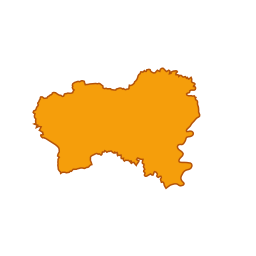 Capão Alto, Santa Catarina, Brazil, rotated 231°
{"feature_id": "56859067B63554103523917", "entity_name": "Capão Alto", "entity_type": "district", "adm_level": 2, "iso_a3": "BRA", "parent_name": "Brazil", "parent_adm1": "Santa Catarina", "projection": "natural_earth1", "projection_center": [-50.626, -28.064], "detail": "fine", "context": "isolated", "style": "filled", "palette": "amber", "viewbox_px": 256, "rotation_deg": 231, "n_neighbors": 0, "source": "geoboundaries", "source_scale": "gbopen_adm2", "svg_char_len": 5866}
<svg xmlns="http://www.w3.org/2000/svg" viewBox="0 0 256 256"><g transform="rotate(231 128 128)"><path d="M109.0,200.0L110.0,199.4L111.1,199.8L111.7,199.0L112.3,198.1L113.3,197.5L114.7,195.5L115.8,194.8L116.8,194.5L117.7,195.0L117.7,196.0L116.9,198.1L118.0,199.6L117.7,201.0L115.8,203.2L115.6,204.5L116.2,205.4L117.1,206.0L118.2,205.9L119.0,205.0L119.6,205.7L119.5,207.0L120.1,207.8L121.2,207.7L122.1,207.1L123.1,206.6L124.1,206.6L124.9,207.4L125.7,208.2L126.6,208.6L127.7,208.9L127.7,207.5L127.8,206.0L128.8,205.7L129.8,206.0L129.9,204.8L131.1,205.0L132.0,204.8L132.5,203.4L133.5,202.6L134.6,202.6L135.4,202.4L136.1,201.6L136.2,200.1L136.9,200.8L138.1,200.1L139.3,198.8L140.4,199.8L140.6,201.7L141.6,201.8L142.3,201.2L143.7,199.0L144.0,197.9L144.3,196.7L143.4,195.8L144.1,194.3L144.7,195.1L145.2,195.9L146.2,196.4L147.3,196.0L147.4,194.7L147.7,193.4L150.4,193.1L151.2,193.1L152.5,192.8L153.2,191.5L153.2,190.1L152.7,189.3L152.0,188.3L153.3,187.6L154.4,187.2L153.9,183.8L154.5,182.7L155.6,182.0L156.9,181.5L158.2,181.4L159.4,181.9L160.4,181.2L161.4,179.1L160.5,177.8L161.3,176.8L162.2,176.9L162.2,175.8L162.1,174.7L162.9,174.1L163.6,173.1L162.6,171.7L162.7,170.1L162.1,168.5L161.3,167.5L160.6,166.3L160.1,165.4L159.7,163.4L159.7,162.2L158.9,160.9L158.8,159.4L158.9,158.0L159.4,156.7L160.4,156.0L158.9,154.3L158.1,153.6L158.2,152.5L158.9,151.8L159.2,150.4L160.4,149.5L161.4,149.4L161.7,148.3L162.6,148.1L163.7,147.4L164.4,146.5L164.9,145.1L165.6,143.5L165.2,142.4L166.3,141.1L168.5,139.1L169.4,139.2L170.0,138.6L170.7,137.6L171.6,136.5L172.7,136.0L173.3,134.6L174.1,134.1L175.0,133.8L176.4,134.9L180.0,134.1L181.0,133.5L181.4,132.3L183.1,130.7L183.6,129.9L186.2,126.1L187.0,124.4L187.9,123.1L188.5,122.1L189.7,122.5L190.8,122.8L191.7,123.4L192.6,122.9L193.3,122.4L194.0,121.5L194.2,120.5L194.5,119.4L195.4,118.8L195.9,118.1L196.6,116.1L197.0,115.1L197.1,112.9L196.2,111.6L195.3,111.4L194.5,110.2L193.0,109.7L191.5,110.0L191.1,108.5L190.3,107.3L190.7,105.9L191.3,104.9L192.2,104.0L193.0,103.2L193.4,102.0L194.0,101.1L194.4,100.0L193.9,99.1L193.3,98.0L193.7,97.0L194.8,96.5L195.7,96.4L196.3,95.6L197.4,95.0L198.7,94.5L199.9,94.2L200.9,93.9L201.8,93.2L202.5,92.4L202.8,91.3L202.3,90.5L202.1,89.4L202.6,88.4L202.5,87.1L202.8,85.3L202.3,83.9L203.2,82.4L203.9,81.4L205.2,81.2L206.3,80.8L207.1,79.6L206.5,78.6L205.6,77.8L205.4,76.6L204.5,75.2L204.2,73.6L203.5,73.1L202.4,72.9L201.8,71.6L201.6,70.1L200.8,68.9L200.1,67.6L200.3,66.5L200.6,65.4L199.8,64.1L198.5,64.2L197.7,64.7L197.0,63.9L196.3,62.8L195.1,62.1L194.1,62.0L193.2,62.1L192.3,61.4L191.7,60.6L190.7,60.1L189.6,59.3L190.2,57.6L189.0,58.2L187.9,59.1L187.0,59.6L186.8,58.1L186.0,57.0L185.7,58.4L185.3,59.7L183.6,61.3L183.2,60.5L182.5,59.0L182.0,57.6L181.0,58.1L179.5,58.5L178.3,59.0L177.5,58.4L176.2,58.0L176.7,56.8L177.5,56.2L176.9,55.3L175.3,55.2L173.9,55.6L173.4,56.7L172.5,56.9L171.6,57.5L160.3,61.3L159.3,61.3L158.3,61.7L155.9,61.6L154.6,61.0L152.6,59.5L152.1,58.0L151.5,56.9L150.6,55.7L149.5,55.9L148.5,56.2L148.1,54.8L147.4,53.6L146.6,53.1L145.7,52.1L144.3,51.2L143.3,50.1L140.8,48.6L139.9,47.9L138.7,47.7L137.3,47.7L136.5,47.9L135.1,47.1L134.9,49.0L134.2,50.0L133.3,51.1L132.0,51.9L131.2,53.3L130.6,54.4L130.8,56.0L130.0,56.7L130.4,59.4L128.5,61.8L128.0,63.4L127.5,64.2L127.0,65.4L126.6,66.3L125.1,67.9L124.1,68.5L123.7,69.5L123.5,70.8L122.9,71.7L122.5,72.8L122.7,73.9L122.9,75.6L122.3,76.9L124.2,77.7L125.2,78.0L126.1,78.2L127.0,78.8L127.9,79.6L128.7,80.2L129.3,81.1L129.3,82.4L128.7,85.0L128.5,86.1L128.1,87.4L127.2,88.1L126.4,88.3L126.1,89.3L123.9,90.0L123.9,91.0L124.7,92.0L125.4,93.0L124.4,94.3L125.0,95.7L123.9,96.1L122.5,96.3L122.1,98.2L121.5,98.8L121.1,99.9L120.4,100.6L119.2,100.6L118.2,100.9L117.2,101.4L117.6,102.6L116.2,102.8L115.9,104.1L114.9,103.9L114.1,102.9L113.0,102.5L112.7,103.8L111.9,104.3L111.4,105.5L110.3,104.9L109.5,104.1L108.5,103.6L107.8,104.4L107.3,105.4L106.6,104.6L105.7,104.3L104.5,104.4L104.5,105.7L103.4,107.0L102.4,108.1L100.9,108.2L100.6,109.6L99.8,109.5L99.3,108.3L98.4,108.4L98.4,109.6L97.5,111.0L96.3,110.8L94.9,110.8L93.7,110.9L94.3,111.9L94.5,113.1L94.9,114.1L95.1,115.2L95.9,116.1L96.8,115.1L98.1,114.8L98.7,116.5L97.8,117.2L95.6,118.3L94.2,119.9L93.2,118.6L92.4,117.5L91.4,117.0L89.9,117.6L88.8,116.7L88.2,115.6L86.5,115.3L85.3,115.0L85.1,113.6L84.3,112.8L83.1,112.9L82.2,112.9L81.1,111.1L79.8,111.0L79.1,111.7L78.7,112.8L78.6,114.0L78.4,115.1L78.1,116.7L76.6,116.9L75.7,117.7L76.4,119.2L77.2,120.3L77.3,121.3L76.0,122.0L74.0,122.0L73.3,121.3L72.6,120.1L71.3,120.1L70.4,120.7L70.5,121.9L69.9,123.2L68.8,123.0L68.2,122.2L67.8,121.0L66.8,120.6L65.7,120.1L64.8,119.8L64.4,120.8L63.6,121.2L62.4,121.1L61.4,120.5L60.5,120.1L59.4,119.9L58.4,119.7L57.2,119.6L57.2,121.5L57.1,123.2L57.0,124.9L56.4,126.6L55.8,128.0L55.2,129.2L54.5,130.0L53.8,130.7L52.7,131.2L51.3,131.6L50.2,132.2L49.6,133.2L49.2,134.1L48.9,135.2L49.3,136.4L50.4,136.8L52.0,136.6L53.4,136.6L54.5,136.9L55.3,137.2L56.2,137.9L57.1,139.1L58.7,142.9L59.0,144.8L58.8,146.2L58.5,147.2L57.6,149.1L57.3,150.1L57.2,151.5L57.7,152.8L58.3,153.8L59.2,154.4L60.2,154.7L61.5,154.4L64.1,152.0L65.2,150.8L66.2,149.6L67.1,148.5L68.0,147.5L69.2,146.6L70.4,146.8L71.3,148.0L71.7,149.1L72.2,153.0L73.2,154.6L74.5,154.9L75.8,154.8L76.8,154.6L77.6,154.3L78.5,154.1L79.5,153.9L80.8,153.9L81.8,154.3L82.6,154.8L83.1,155.9L83.1,157.0L82.4,158.2L81.2,159.5L80.9,160.9L81.2,162.3L81.9,164.2L82.6,165.5L83.4,166.4L83.8,167.7L83.5,168.8L83.0,169.8L82.3,170.8L81.9,171.9L81.7,173.0L81.8,174.1L82.3,175.0L83.2,175.6L84.2,175.7L85.1,175.5L86.1,174.8L86.9,173.7L87.4,172.5L88.3,171.4L89.2,171.7L89.8,172.6L90.0,173.6L90.2,176.1L90.4,177.7L91.0,179.3L91.4,180.7L91.8,183.8L92.1,185.2L92.4,187.0L92.4,188.4L92.1,189.7L92.1,190.9L93.1,192.0L96.1,193.0L97.1,193.9L99.2,195.4L100.5,196.1L101.8,196.5L103.0,197.1L104.4,198.4L105.3,198.8L106.3,198.8L107.4,198.4L108.4,198.8L109.0,200.0Z" fill="#f59e0b" stroke="#b45309" stroke-width="1.5"/></g></svg>